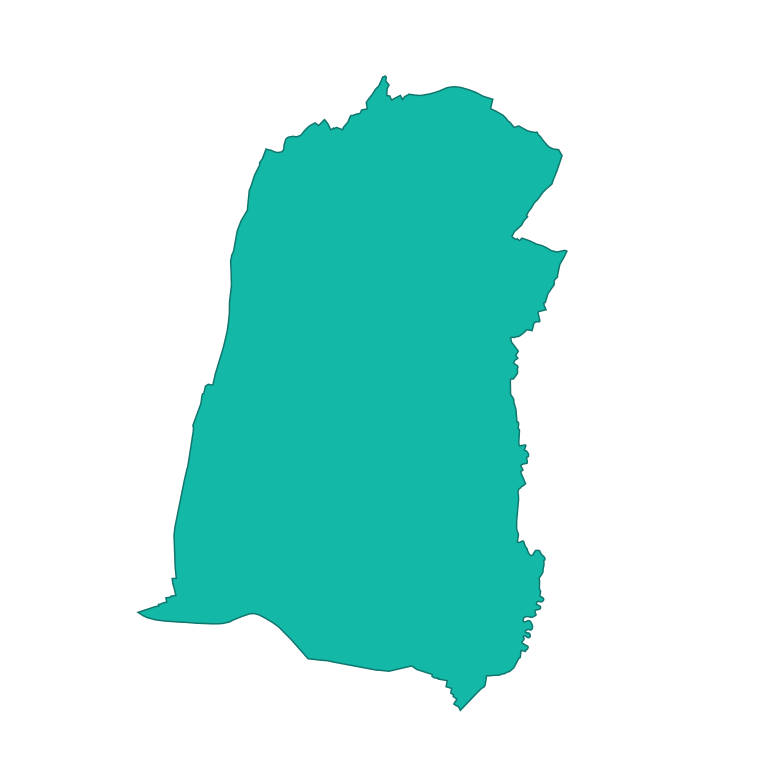 Phak Hai, Phra Nakhon Si Ayutthaya, Thailand (Albers equal-area conic projection), rotated 101°
{"feature_id": "78962969B77944548728252", "entity_name": "Phak Hai", "entity_type": "district", "adm_level": 2, "iso_a3": "THA", "parent_name": "Thailand", "parent_adm1": "Phra Nakhon Si Ayutthaya", "projection": "albers", "projection_center": [100.331, 14.454], "detail": "fine", "context": "isolated", "style": "filled", "palette": "teal", "viewbox_px": 768, "rotation_deg": 101, "n_neighbors": 0, "source": "geoboundaries", "source_scale": "gbopen_adm2", "svg_char_len": 6135}
<svg xmlns="http://www.w3.org/2000/svg" viewBox="0 0 768 768"><g transform="rotate(101 384 384)"><path d="M668.2,406.1L666.8,389.6L666.4,387.1L666.6,380.5L666.3,337.0L665.8,333.5L665.0,324.3L655.5,303.1L658.0,297.2L659.9,281.3L660.1,281.1L661.6,281.2L662.8,278.7L662.6,274.5L663.3,274.4L663.1,265.3L669.3,265.3L669.9,259.6L674.8,259.4L675.8,256.5L677.7,256.4L678.5,254.1L679.0,253.4L679.4,252.4L681.5,253.0L683.8,254.2L684.4,254.3L685.1,254.1L686.7,249.1L689.8,246.8L669.7,233.9L664.8,230.6L661.8,227.7L659.9,227.3L650.8,227.6L650.2,224.4L648.8,219.8L648.1,216.1L645.9,212.1L645.5,210.6L643.5,208.3L642.2,205.8L637.9,202.5L635.9,201.8L627.8,199.4L626.6,198.1L619.4,198.6L619.3,198.4L619.6,194.3L617.8,193.5L616.7,192.6L615.5,192.3L614.6,192.3L614.0,192.8L613.2,195.6L611.6,199.4L610.8,199.3L608.3,198.0L607.5,197.8L606.8,198.0L605.7,199.0L604.8,198.9L604.1,197.4L605.4,195.2L605.5,193.7L604.9,192.7L603.9,192.3L602.8,192.5L602.0,192.8L601.2,193.6L600.8,194.6L601.0,196.9L600.8,197.5L600.4,198.0L599.7,198.0L598.3,197.1L597.6,196.1L597.4,195.0L597.6,193.4L597.3,192.7L596.7,192.1L595.1,191.7L593.9,191.9L592.6,192.3L591.4,193.1L589.3,194.8L588.7,195.9L588.6,196.6L588.9,197.7L590.5,199.7L590.8,201.3L590.5,201.9L589.9,202.3L588.5,202.4L587.1,202.2L586.3,201.8L585.8,201.3L584.9,199.1L584.8,197.0L585.1,195.7L584.8,194.4L583.6,192.5L582.0,190.8L581.6,190.7L581.2,190.8L579.0,192.4L577.8,192.4L577.0,191.8L575.3,188.2L574.5,187.7L573.9,187.6L572.7,187.9L572.3,188.4L571.3,191.8L570.9,192.3L570.4,192.6L569.3,192.5L568.3,191.7L568.0,191.0L567.9,188.6L567.5,187.3L566.7,186.6L565.5,186.1L564.4,186.3L563.8,186.9L563.3,187.7L562.8,189.7L562.1,190.5L560.8,190.7L557.9,190.6L555.1,192.5L549.2,193.4L547.8,193.7L545.4,194.6L544.5,194.5L539.5,192.4L537.9,192.1L534.8,192.6L531.4,192.4L526.7,193.4L526.3,193.2L525.9,192.5L524.1,192.9L523.6,193.3L520.7,197.6L518.1,199.3L517.9,200.7L518.1,202.2L518.6,203.6L519.9,204.0L521.2,204.7L523.4,205.3L524.2,206.3L524.2,207.6L523.6,208.6L522.0,210.1L521.0,210.8L518.6,212.0L517.0,213.7L514.9,215.3L511.9,216.8L511.6,218.1L513.6,220.6L513.9,222.9L506.1,223.3L505.3,223.6L502.7,225.4L500.3,226.3L493.4,227.6L471.5,229.9L467.0,231.0L464.1,232.0L461.1,231.5L460.2,230.4L458.2,229.2L457.2,227.8L454.8,226.0L446.0,232.0L444.0,233.0L443.6,232.9L442.2,231.3L441.8,231.2L437.9,234.3L437.6,234.2L435.9,232.0L435.0,229.5L434.2,228.3L432.7,228.6L429.0,230.0L428.6,229.8L427.6,228.4L426.0,228.5L424.6,229.2L422.8,231.0L422.6,231.3L422.3,233.6L417.4,233.0L417.0,233.2L417.0,234.5L417.7,235.7L418.7,239.1L418.7,239.5L418.4,239.7L415.1,240.6L403.5,242.2L402.8,242.5L402.5,243.5L402.0,243.9L398.3,244.1L396.5,244.5L395.8,245.0L396.0,246.2L383.6,249.7L376.3,253.5L375.2,253.3L374.5,253.6L372.8,254.9L370.3,257.5L369.8,257.8L358.2,260.3L355.3,260.7L354.8,260.6L354.5,260.1L354.6,258.4L354.4,258.0L349.2,255.4L346.9,255.1L345.5,255.4L344.0,256.0L342.0,255.7L341.3,255.9L340.4,257.0L339.2,260.0L338.3,260.7L337.6,260.7L335.9,260.0L335.0,259.4L333.3,257.5L330.8,260.1L326.1,258.4L318.6,266.8L314.5,268.5L314.2,268.3L313.6,267.0L313.6,264.9L312.6,263.9L311.9,261.5L311.1,260.2L308.4,257.7L305.3,255.3L303.7,254.6L303.3,251.4L303.4,248.8L295.5,248.4L294.0,246.7L293.2,243.4L293.0,243.1L291.7,243.3L284.9,246.3L283.9,246.6L282.8,244.7L280.2,239.1L276.8,241.5L274.1,242.7L273.8,242.4L273.4,241.4L273.1,241.2L264.1,240.3L254.2,236.0L252.8,236.1L250.8,236.6L249.5,236.4L248.5,236.0L246.0,234.1L243.8,234.4L233.0,234.2L225.5,231.6L218.7,229.8L218.5,230.0L218.4,232.3L221.4,239.2L221.2,245.1L219.0,251.1L218.0,255.6L217.6,260.9L215.7,268.2L214.5,276.2L214.7,276.7L217.2,278.0L217.4,278.3L216.0,281.1L216.8,282.1L216.7,282.9L215.0,286.5L214.6,286.6L209.5,285.0L201.8,279.3L196.7,277.7L192.5,275.0L192.2,275.0L191.8,276.2L191.4,276.3L187.5,275.1L182.3,272.7L177.5,271.0L173.5,268.3L165.5,264.6L161.1,261.6L155.8,257.4L151.3,256.8L141.7,254.9L125.8,252.8L120.7,257.3L121.0,262.7L119.9,267.1L118.2,269.7L114.9,273.9L110.9,278.2L109.8,280.3L108.2,281.3L107.7,281.8L107.7,282.3L108.2,283.4L108.3,284.6L108.3,288.8L108.0,291.7L105.0,301.0L107.3,305.1L102.8,310.8L102.2,312.4L99.6,315.3L97.5,318.4L95.0,325.7L93.4,332.0L83.8,331.5L82.6,341.8L80.5,348.4L79.9,351.1L79.0,356.8L78.2,365.8L78.8,371.7L79.4,373.9L80.7,377.6L81.7,379.6L85.7,385.4L88.3,390.0L90.4,394.2L93.6,402.4L94.1,405.1L94.5,408.4L94.8,414.9L95.6,415.5L98.0,418.6L101.2,420.1L97.6,423.0L103.8,430.8L100.2,433.3L100.3,436.3L93.7,437.3L89.5,436.1L86.3,440.1L82.5,440.3L81.4,441.6L82.3,442.5L82.9,443.8L87.3,444.7L92.4,446.0L93.4,446.5L95.0,447.8L97.1,448.9L101.6,450.6L108.0,453.9L111.2,455.1L117.1,452.9L119.3,458.3L122.4,458.9L123.2,459.6L124.2,462.4L126.2,465.6L126.9,467.8L128.7,468.4L133.5,469.3L139.9,472.8L142.3,473.1L141.2,479.8L143.1,481.7L142.4,482.3L144.7,484.8L139.9,488.2L137.5,490.7L135.8,492.9L142.8,497.5L140.8,501.4L144.1,505.5L146.9,508.0L150.4,510.3L155.2,512.8L156.1,513.7L158.0,516.9L158.2,518.1L158.1,520.2L159.7,524.5L160.7,525.9L162.1,526.9L163.2,527.2L168.5,527.7L171.1,527.3L173.5,527.4L174.7,527.9L175.6,528.9L176.1,529.7L176.9,532.1L177.2,533.6L176.7,537.3L176.1,539.5L176.1,542.2L175.8,544.6L186.0,546.3L190.6,548.4L192.3,547.8L192.7,547.8L204.1,551.0L214.2,552.1L219.7,553.2L239.5,551.3L251.3,555.5L262.2,557.3L281.0,557.0L283.4,557.2L286.3,558.0L292.7,558.0L302.9,555.5L316.0,552.6L332.8,551.3L344.8,549.2L352.9,548.5L362.3,548.0L378.1,548.6L406.4,551.5L417.0,551.8L417.7,552.3L417.9,552.7L417.8,556.4L420.1,558.8L427.6,559.1L427.9,559.3L428.2,560.1L428.7,560.3L430.8,560.4L438.2,560.0L461.2,563.7L463.3,562.7L466.9,562.2L498.7,561.0L502.9,560.9L505.3,561.2L517.1,561.6L564.0,561.9L572.3,561.3L603.8,554.0L614.4,550.8L615.4,554.8L620.0,553.3L622.0,552.4L622.8,551.8L631.2,548.0L633.0,552.7L633.9,552.5L635.5,557.3L639.5,555.6L641.0,559.0L642.5,560.9L643.4,563.2L643.7,563.4L645.0,562.8L646.2,566.1L655.1,581.9L657.4,576.2L658.5,571.9L659.1,563.7L658.6,555.0L656.8,539.8L655.8,533.2L654.6,522.5L652.1,506.4L650.9,500.5L649.8,496.6L647.3,490.7L646.2,489.1L644.6,487.2L639.8,479.9L635.6,472.7L634.6,469.7L634.1,467.0L634.5,462.5L636.6,455.6L639.3,448.0L642.3,441.4L652.3,426.7L668.2,406.1Z" fill="#14b8a6" stroke="#0f766e" stroke-width="1.5"/></g></svg>